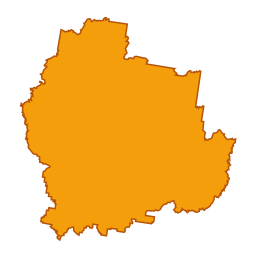 Walcha, New South Wales, Australia, rotated 269°
{"feature_id": "25037944B3824833794033", "entity_name": "Walcha", "entity_type": "district", "adm_level": 2, "iso_a3": "AUS", "parent_name": "Australia", "parent_adm1": "New South Wales", "projection": "mercator", "projection_center": [151.721, -31.198], "detail": "fine", "context": "isolated", "style": "filled", "palette": "amber", "viewbox_px": 256, "rotation_deg": 269, "n_neighbors": 0, "source": "geoboundaries", "source_scale": "gbopen_adm2", "svg_char_len": 5691}
<svg xmlns="http://www.w3.org/2000/svg" viewBox="0 0 256 256"><g transform="rotate(269 128 128)"><path d="M109.8,28.2L103.7,33.1L103.0,36.5L101.5,36.8L100.9,39.0L99.6,39.3L98.4,38.6L97.5,39.3L95.4,39.1L94.6,42.2L93.7,42.2L93.5,42.7L93.7,44.8L91.2,49.3L90.2,49.0L88.8,45.8L86.9,44.6L86.0,42.6L80.4,41.7L80.0,44.0L75.5,43.3L75.2,45.4L71.4,44.7L71.8,46.2L64.6,45.0L64.1,47.8L61.0,47.3L60.5,50.4L57.7,49.9L57.4,52.1L55.7,51.8L55.5,53.0L57.1,53.3L57.0,54.2L53.6,53.6L53.4,54.6L48.6,53.7L49.7,47.5L47.0,47.0L47.3,45.2L41.9,44.3L42.4,42.8L40.4,42.4L40.6,41.4L39.8,41.2L40.0,39.9L35.9,39.2L35.5,41.1L34.6,41.0L32.7,50.2L31.5,49.9L30.8,48.6L29.1,50.3L29.3,51.0L27.4,52.4L27.8,53.0L27.2,53.3L26.8,54.7L26.2,54.1L25.8,54.8L25.6,53.8L24.9,54.0L24.8,54.8L24.5,54.4L22.0,56.2L21.6,57.3L20.4,55.2L19.0,55.5L17.2,57.8L20.3,58.9L21.6,60.2L21.8,62.1L23.5,62.0L25.0,65.0L27.1,65.5L27.6,66.5L28.8,66.5L29.1,69.0L29.9,70.4L29.8,71.8L26.2,72.0L22.7,75.4L21.7,77.1L24.5,77.6L24.1,80.3L25.7,80.6L26.5,82.0L28.9,82.4L29.4,83.7L28.7,84.2L30.6,85.2L30.3,87.4L28.9,88.2L28.6,90.1L29.1,90.1L29.0,90.8L32.5,91.3L31.7,96.0L29.8,95.1L28.5,95.2L26.5,96.5L24.9,96.6L24.8,97.4L23.6,97.7L23.7,98.4L22.2,98.9L22.3,99.5L21.0,99.2L21.5,99.6L20.6,104.6L27.4,105.7L26.8,109.5L27.5,108.6L28.0,109.0L27.0,115.4L25.8,115.0L25.0,115.4L23.8,122.4L25.3,123.5L26.3,123.0L28.1,123.8L29.2,125.7L28.8,126.7L29.1,127.6L31.6,128.5L32.8,128.2L32.4,130.8L33.7,131.1L35.8,129.7L37.1,130.1L36.5,134.2L34.5,133.9L31.9,149.9L33.2,151.2L33.5,150.7L34.1,152.2L38.7,152.9L40.2,143.9L43.8,144.5L45.0,145.8L44.6,152.9L45.8,154.4L44.9,155.6L45.0,157.1L46.3,159.2L48.5,160.1L50.7,162.2L51.5,165.3L53.0,166.4L52.6,168.6L53.4,169.2L54.4,171.7L54.1,172.9L52.1,172.9L50.5,174.3L48.2,174.0L47.7,174.5L45.4,172.3L42.8,174.3L43.0,175.9L42.2,176.5L43.7,179.7L45.1,179.9L45.0,180.7L46.3,180.9L45.4,181.6L44.3,184.0L42.8,185.3L43.6,185.3L43.4,185.9L43.8,185.9L43.2,186.9L44.7,187.1L43.9,189.1L44.7,190.8L43.9,191.8L43.9,192.9L43.0,193.4L42.6,195.7L43.5,197.9L45.7,197.9L45.1,199.9L46.5,201.3L44.8,202.1L44.4,202.9L46.2,204.4L46.6,205.9L48.5,208.6L50.4,209.6L51.6,211.0L54.8,212.7L58.2,213.4L58.3,214.5L57.1,215.7L57.5,216.6L57.0,217.3L58.7,218.0L59.3,219.5L60.2,219.8L60.8,219.0L61.2,220.1L62.2,220.0L63.0,221.1L63.9,220.8L64.4,221.4L63.9,222.5L64.4,222.5L64.1,223.1L66.0,222.8L65.9,223.5L66.8,224.3L68.2,224.1L67.8,224.6L69.2,225.2L69.1,225.9L72.2,227.1L72.2,226.2L73.5,226.3L74.3,227.7L76.0,228.5L77.5,226.7L79.1,227.3L82.7,225.0L82.7,225.8L83.6,225.8L84.3,226.8L84.5,228.0L87.6,227.8L89.4,229.8L90.2,228.6L91.8,228.8L91.1,227.5L92.3,227.8L92.8,226.7L93.4,226.7L94.1,227.2L94.1,228.0L94.7,228.0L94.3,229.3L96.5,228.9L97.9,229.3L99.5,228.2L101.6,229.7L100.8,230.7L101.3,231.6L103.2,231.7L103.5,231.0L105.5,231.9L106.0,231.1L108.3,233.2L108.9,232.6L110.2,233.1L111.6,234.9L115.1,235.4L114.5,234.4L114.9,232.3L115.5,232.2L115.0,231.4L115.5,230.8L114.8,228.9L115.1,226.5L119.0,223.7L120.3,224.3L120.6,222.6L124.7,219.7L124.2,218.2L122.6,217.5L121.7,216.1L121.3,213.3L116.6,211.6L115.5,210.3L115.7,209.1L114.5,207.6L115.1,206.6L114.4,205.1L115.9,205.4L116.1,204.4L119.4,204.5L121.9,205.3L124.6,202.8L133.1,203.8L133.4,201.5L148.3,204.1L148.9,203.4L147.2,201.7L148.1,200.1L147.4,199.6L147.6,198.6L146.9,198.6L148.2,197.6L147.2,197.1L147.7,195.9L183.3,201.7L184.0,200.7L183.0,199.3L182.9,198.0L183.5,197.6L182.7,196.7L183.0,195.5L182.2,195.1L182.7,194.7L182.5,192.3L183.2,191.6L183.8,191.8L184.2,190.9L183.1,188.9L180.5,187.2L180.1,187.6L179.3,186.6L179.6,185.3L178.8,184.3L180.0,176.8L180.6,178.1L181.4,177.2L181.9,177.5L184.1,175.1L185.1,175.2L186.0,174.3L186.6,175.5L191.7,147.5L192.9,148.2L194.0,147.8L194.8,149.2L196.6,147.8L197.7,146.1L197.6,145.1L199.4,138.1L199.3,135.7L197.7,135.0L197.1,134.1L197.9,133.0L198.0,130.6L197.7,129.8L196.8,129.5L196.5,127.9L197.5,125.4L198.6,125.0L200.3,126.1L201.5,126.1L202.4,127.9L203.2,128.2L207.5,126.8L208.7,127.8L209.5,127.7L210.2,128.8L211.2,128.9L212.5,130.3L214.3,129.7L214.7,127.7L216.5,129.4L218.4,129.9L219.6,128.6L219.0,127.0L231.9,129.1L234.9,110.7L237.3,110.9L237.5,109.9L236.1,107.8L236.5,107.4L238.6,108.2L238.8,107.3L237.7,105.6L236.1,105.2L235.7,102.3L236.1,101.2L235.7,100.2L236.2,99.1L235.6,98.0L236.9,96.2L234.9,93.6L237.9,91.9L237.5,89.3L233.9,86.9L233.5,85.7L231.6,86.4L226.9,83.3L226.9,82.4L225.9,82.7L223.5,81.9L222.1,79.4L224.8,76.1L225.0,74.7L226.1,75.0L227.2,73.1L226.7,71.9L225.9,71.6L226.5,70.2L225.5,69.8L225.8,68.5L225.2,67.2L225.4,66.0L226.0,65.9L227.5,62.8L207.7,59.0L206.6,60.1L205.8,58.9L204.4,59.0L203.9,58.4L202.9,59.0L203.2,58.0L201.3,58.1L200.8,57.5L201.3,55.6L200.2,54.5L199.8,52.6L198.7,52.1L198.4,49.5L197.4,48.5L197.6,47.9L197.2,47.3L196.2,48.4L195.4,48.3L192.1,45.4L191.4,45.8L191.3,47.7L190.4,47.9L187.5,44.7L184.1,43.7L183.4,41.5L182.0,42.7L178.7,42.7L177.4,45.5L174.0,45.8L173.3,44.5L175.8,41.9L176.1,40.6L175.5,40.4L174.7,42.1L172.8,41.6L170.8,37.6L169.2,37.1L170.2,35.0L169.2,33.6L169.2,31.2L167.6,31.3L167.5,33.0L166.8,33.9L164.3,31.4L163.7,31.8L164.2,33.0L163.5,33.4L162.8,33.0L161.4,33.4L161.6,31.9L160.4,32.0L159.6,31.2L157.4,31.9L158.3,29.4L157.7,28.9L155.9,29.7L156.4,27.9L155.1,25.1L154.0,24.7L154.0,24.0L153.1,23.3L154.4,21.8L152.2,21.6L152.7,20.6L151.6,21.5L151.6,23.3L148.8,22.8L146.9,23.2L145.6,22.4L145.1,23.4L142.8,23.1L143.1,23.9L142.2,23.5L142.2,24.4L140.8,24.0L140.2,24.8L140.2,25.6L139.3,25.3L138.2,26.2L137.6,25.2L136.3,26.2L135.6,24.8L134.3,24.9L132.9,25.8L133.3,26.9L132.6,26.4L131.6,27.6L130.3,26.9L127.3,27.8L126.9,28.4L126.5,27.9L126.9,27.3L126.1,27.2L125.7,26.5L124.9,26.8L123.7,26.1L122.3,26.8L120.9,26.0L120.0,26.7L119.0,25.4L118.2,26.0L118.8,27.3L115.7,27.0L112.6,28.5L111.5,27.9L109.8,28.2Z" fill="#f59e0b" stroke="#b45309" stroke-width="1.5"/></g></svg>